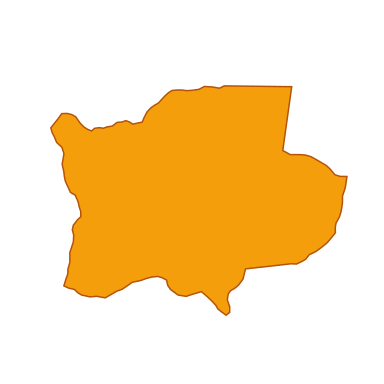 Guariba, São Paulo, Brazil (Albers equal-area conic projection), rotated 190°
{"feature_id": "56859067B39264399371297", "entity_name": "Guariba", "entity_type": "district", "adm_level": 2, "iso_a3": "BRA", "parent_name": "Brazil", "parent_adm1": "São Paulo", "projection": "albers", "projection_center": [-48.212, -21.397], "detail": "fine", "context": "isolated", "style": "filled", "palette": "amber", "viewbox_px": 384, "rotation_deg": 190, "n_neighbors": 0, "source": "geoboundaries", "source_scale": "gbopen_adm2", "svg_char_len": 1789}
<svg xmlns="http://www.w3.org/2000/svg" viewBox="0 0 384 384"><g transform="rotate(190 192 192)"><path d="M178.7,302.1L183.0,299.0L189.7,299.0L198.1,298.1L203.0,294.3L209.8,292.1L214.8,290.9L219.4,290.7L224.6,289.8L229.3,288.5L232.4,285.7L235.0,282.4L237.7,278.3L240.5,273.8L244.1,270.8L247.1,267.8L250.2,263.0L252.1,256.9L253.2,252.2L257.2,250.6L262.0,248.6L265.8,250.1L269.5,250.8L273.1,248.8L277.9,247.5L282.1,243.0L286.9,241.4L290.4,239.4L294.4,239.3L299.0,237.8L301.4,234.7L305.8,235.6L309.8,237.3L314.0,240.3L319.6,245.9L324.0,247.4L328.6,247.7L333.9,246.6L336.3,241.5L338.7,237.1L342.2,230.6L339.8,225.8L337.2,222.5L333.9,217.3L327.9,213.5L324.8,207.6L324.7,202.9L324.7,196.8L321.7,189.6L320.5,185.4L318.6,180.6L311.6,170.5L306.5,168.6L302.5,162.6L300.5,157.8L298.2,153.5L297.2,148.3L299.9,144.8L303.1,138.7L303.3,134.0L301.0,129.0L300.2,122.3L301.0,116.6L301.8,111.2L300.1,101.6L300.8,94.6L300.1,89.7L301.0,84.5L301.9,77.3L296.6,75.9L290.9,75.6L287.0,73.0L283.0,71.4L274.2,71.0L267.9,72.7L259.1,72.7L253.4,77.4L248.8,81.3L244.0,84.0L239.6,88.2L235.2,92.7L227.2,95.9L222.3,98.7L217.3,101.1L211.2,102.9L206.6,102.4L201.8,100.9L199.7,95.9L196.3,92.3L187.8,88.1L179.6,88.2L173.7,91.4L165.4,95.5L159.0,91.7L153.7,88.2L148.8,84.5L146.2,81.3L142.0,79.0L137.0,76.6L134.0,80.0L134.9,85.5L138.5,91.9L138.6,98.0L136.8,101.6L133.2,104.6L130.1,108.2L126.7,115.0L125.9,125.6L82.0,138.5L76.6,139.2L71.8,142.6L68.4,145.5L65.7,150.5L59.6,155.0L55.1,159.7L50.0,165.6L46.8,171.1L43.7,176.8L44.7,181.6L44.8,186.2L42.5,193.0L41.8,198.4L41.8,203.4L42.0,207.9L43.1,214.2L42.3,219.2L41.8,223.4L42.1,234.2L48.8,233.1L54.2,233.8L60.1,238.7L64.3,241.4L72.9,244.6L80.7,247.4L86.7,248.1L92.4,247.5L101.8,245.9L109.8,248.6L112.1,313.0L178.7,302.1Z" fill="#f59e0b" stroke="#b45309" stroke-width="1.5"/></g></svg>